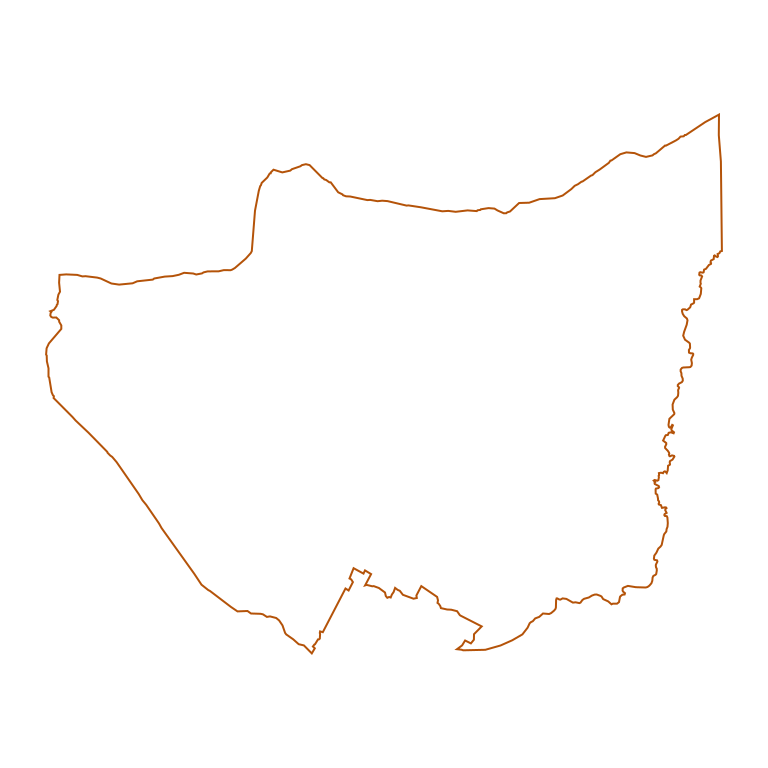 outline of Santa Ana, Petén, Guatemala
{"feature_id": "79465075B84602984839461", "entity_name": "Santa Ana", "entity_type": "district", "adm_level": 2, "iso_a3": "GTM", "parent_name": "Guatemala", "parent_adm1": "Petén", "projection": "robinson", "projection_center": [-89.487, 16.831], "detail": "fine", "context": "isolated", "style": "outline", "palette": "amber", "viewbox_px": 768, "rotation_deg": 0, "n_neighbors": 0, "source": "geoboundaries", "source_scale": "gbopen_adm2", "svg_char_len": 6074}
<svg xmlns="http://www.w3.org/2000/svg" viewBox="0 0 768 768"><path d="M721.9,251.0L720.9,161.5L718.8,135.1L719.0,114.6L705.2,122.1L685.9,135.0L684.8,135.0L683.7,136.3L680.5,136.6L678.5,138.8L675.8,140.5L665.8,145.7L665.1,145.5L655.9,153.3L653.9,154.2L652.5,155.4L646.0,156.9L640.4,155.5L634.6,153.1L626.4,152.4L620.3,154.2L611.4,160.5L610.4,160.6L608.9,162.8L599.6,169.6L595.4,172.2L592.5,175.1L591.0,175.6L582.5,181.5L581.5,181.7L578.0,184.2L574.7,185.8L571.3,189.1L562.7,195.5L554.9,198.2L539.6,199.1L529.2,202.7L519.1,203.0L510.0,211.5L507.1,212.4L506.3,213.2L503.8,213.3L497.4,210.4L494.5,208.6L488.5,208.1L480.8,209.3L480.4,209.9L477.5,210.3L476.8,211.1L467.6,210.4L455.7,211.8L448.3,210.9L442.3,211.3L421.0,207.3L408.4,205.4L406.6,205.6L387.5,201.1L382.2,200.7L377.6,201.2L370.2,199.9L367.4,200.1L350.2,196.5L346.0,196.3L343.0,195.2L342.5,194.4L338.2,192.3L330.7,182.3L329.3,182.3L326.2,180.0L324.2,179.4L323.3,178.2L322.5,178.1L309.6,165.1L305.9,164.2L302.0,165.1L300.3,166.3L291.9,169.2L290.3,170.6L282.3,172.4L273.5,169.7L270.9,172.3L270.7,173.3L269.7,173.5L267.3,177.5L261.7,182.9L260.9,185.3L260.2,186.1L258.8,190.8L255.0,210.7L251.8,251.1L250.8,253.0L245.8,258.6L234.9,268.0L232.2,269.6L230.6,270.2L223.9,270.1L218.7,271.3L207.6,271.4L203.5,272.4L202.0,273.4L196.2,274.5L193.2,273.5L184.1,272.8L178.8,274.8L172.6,276.1L164.7,276.6L154.2,278.5L152.8,279.6L137.2,281.3L132.6,283.3L119.1,284.6L111.4,283.5L100.7,278.5L97.2,277.6L85.6,276.2L82.4,276.4L77.2,274.9L66.2,274.4L59.5,274.9L59.1,282.7L60.0,291.7L58.4,294.6L57.3,300.0L58.0,301.1L57.5,304.2L56.8,304.9L56.6,306.0L53.9,309.8L50.4,311.2L51.4,311.9L50.6,313.1L50.3,315.5L51.2,316.9L52.7,317.6L56.3,317.5L59.1,320.2L59.2,321.8L61.3,325.4L61.3,328.9L48.9,343.4L46.6,348.3L46.1,354.6L46.7,355.5L46.9,361.4L48.5,368.3L48.5,376.7L49.2,377.5L51.6,392.2L52.9,395.2L53.9,396.2L53.6,398.0L72.6,417.1L75.6,420.5L88.5,432.7L107.3,451.9L107.5,452.7L110.2,455.5L112.2,456.9L116.6,462.1L138.7,494.0L142.4,500.2L146.2,504.8L158.9,523.3L161.6,528.1L194.2,573.7L201.5,584.7L208.3,590.1L209.9,590.9L230.9,606.9L237.5,611.4L247.5,611.0L251.0,613.5L260.5,613.8L262.9,614.3L266.9,616.9L270.0,616.4L276.2,618.0L279.1,620.4L282.5,625.4L285.1,632.9L286.2,634.4L293.2,639.3L298.7,644.2L303.9,645.4L311.8,653.4L314.8,648.3L312.9,646.5L314.4,644.5L315.0,644.3L318.0,639.4L318.9,639.4L319.8,638.6L320.1,634.0L319.8,633.0L320.1,631.4L322.8,632.2L345.5,588.5L348.6,590.5L352.9,582.1L351.2,579.4L349.5,578.5L353.6,568.2L363.5,573.6L365.0,570.4L371.1,574.1L365.1,585.4L366.7,584.9L372.3,586.3L373.7,586.1L378.9,588.0L385.0,592.5L385.8,596.0L387.3,597.8L389.1,597.0L390.7,597.5L391.9,594.5L393.6,592.1L395.1,587.9L397.7,589.9L399.8,590.8L402.9,594.8L413.5,598.7L416.8,598.0L416.4,595.5L421.3,586.1L437.1,596.9L438.0,600.4L437.5,602.9L438.8,603.9L440.3,606.1L440.9,608.1L447.1,609.5L451.2,609.7L457.1,611.2L459.8,615.1L460.5,615.6L481.7,626.4L474.0,634.2L473.9,639.7L470.9,643.4L465.1,640.5L462.1,645.4L457.0,649.2L461.4,649.7L463.2,650.3L485.3,649.8L500.5,645.5L512.2,640.3L522.4,634.4L527.6,627.7L529.7,623.2L531.0,622.1L532.8,621.2L535.2,618.4L539.2,616.9L543.0,613.5L549.1,614.0L551.1,613.1L554.1,610.6L555.5,608.9L555.9,607.5L556.1,600.0L556.6,598.4L557.3,598.4L559.3,599.5L560.4,599.6L562.6,598.4L566.4,598.9L572.9,602.6L575.6,602.3L579.4,603.1L580.5,602.6L582.4,600.0L584.1,598.8L588.8,597.5L591.9,595.6L594.6,594.6L596.7,594.5L600.5,595.9L601.5,596.5L603.2,599.1L608.2,601.4L611.5,604.3L612.8,603.7L617.0,603.7L619.0,602.1L620.0,596.9L620.4,596.3L622.4,594.7L624.6,594.5L625.0,593.2L623.2,591.7L622.6,590.7L622.7,588.4L623.8,587.5L627.9,585.9L635.9,587.2L645.7,587.5L647.5,587.0L649.3,585.7L651.4,583.3L652.3,580.8L652.6,577.5L653.4,575.9L655.5,574.8L656.2,574.0L656.8,570.5L656.7,568.5L656.1,567.6L655.8,565.8L655.9,564.6L657.4,561.6L657.1,560.4L654.4,559.8L653.9,558.8L654.3,555.6L656.4,552.7L658.3,548.6L660.5,546.6L661.7,544.9L663.8,535.2L664.3,534.0L666.3,531.5L666.6,529.1L667.5,526.8L667.8,523.1L667.4,517.5L666.8,516.2L664.8,515.9L664.3,515.0L664.7,514.0L666.6,512.9L665.2,510.1L665.5,509.0L666.5,508.1L666.1,507.5L665.0,507.3L662.0,507.9L660.9,505.1L658.9,504.5L658.6,503.9L659.2,502.4L659.0,501.3L658.1,500.3L658.0,498.5L657.2,494.6L655.7,493.6L655.6,489.3L655.9,488.6L658.4,488.1L659.1,487.2L658.7,486.0L654.8,484.0L654.5,482.9L655.2,482.1L653.7,480.6L654.6,480.0L657.4,480.7L658.4,480.1L658.9,477.2L658.6,475.9L659.1,475.2L658.9,473.1L661.0,472.7L663.0,473.2L663.7,471.9L664.6,471.4L665.3,471.5L666.7,473.1L667.7,470.4L668.1,465.7L669.7,464.9L670.0,464.3L669.7,462.1L670.0,461.1L672.5,459.6L674.4,456.6L674.1,455.9L672.0,455.4L670.0,456.3L669.4,456.0L668.9,454.5L669.3,453.8L669.0,452.6L667.8,450.8L665.2,448.1L665.0,446.9L666.3,444.2L666.2,443.0L663.1,440.6L665.4,435.7L665.8,435.2L667.8,435.0L668.7,432.8L670.9,432.3L673.6,433.3L674.0,432.3L671.7,430.4L671.3,429.2L672.9,425.3L672.2,424.9L671.2,426.7L670.3,427.6L669.6,427.6L668.9,426.8L668.5,424.9L669.4,418.8L674.2,414.2L674.4,413.1L672.8,409.6L672.6,404.5L674.4,399.7L677.1,397.2L678.0,395.8L678.3,392.9L678.1,390.1L679.1,387.8L678.6,386.8L677.8,386.2L677.8,385.0L679.0,383.6L681.8,382.2L682.8,380.7L682.7,378.6L681.5,375.8L681.4,373.1L680.6,371.2L680.7,369.5L682.0,367.9L683.3,367.5L689.6,367.2L690.4,367.0L691.6,365.6L691.9,363.1L691.2,359.7L691.8,357.7L693.2,354.9L693.2,353.9L692.7,353.4L690.6,353.3L689.0,352.6L688.9,350.0L690.0,348.2L690.1,347.4L689.9,343.7L689.3,342.8L685.0,339.7L683.2,335.7L684.1,331.9L686.7,324.7L687.5,320.3L686.9,318.5L684.2,316.2L682.7,313.8L682.0,311.2L682.1,309.8L682.9,309.3L685.0,309.3L686.5,310.1L687.4,309.8L690.2,307.3L691.0,304.6L693.7,303.2L694.1,302.6L694.1,299.2L697.1,299.2L699.1,298.3L700.8,293.9L701.3,288.2L700.7,287.3L699.7,286.6L700.8,283.7L700.5,282.8L700.5,280.6L702.1,276.4L701.4,275.5L699.8,275.4L699.2,274.8L699.5,272.6L700.2,272.2L702.8,272.7L703.6,272.3L704.1,269.6L706.0,268.8L708.9,265.0L711.0,263.9L711.1,263.1L710.5,262.2L710.9,260.6L713.7,259.1L714.0,255.8L714.7,255.4L716.1,256.6L717.5,257.0L718.0,256.2L717.6,254.0L719.4,253.2L720.3,251.4L721.9,251.0Z" fill="none" stroke="#b45309" stroke-width="2"/></svg>